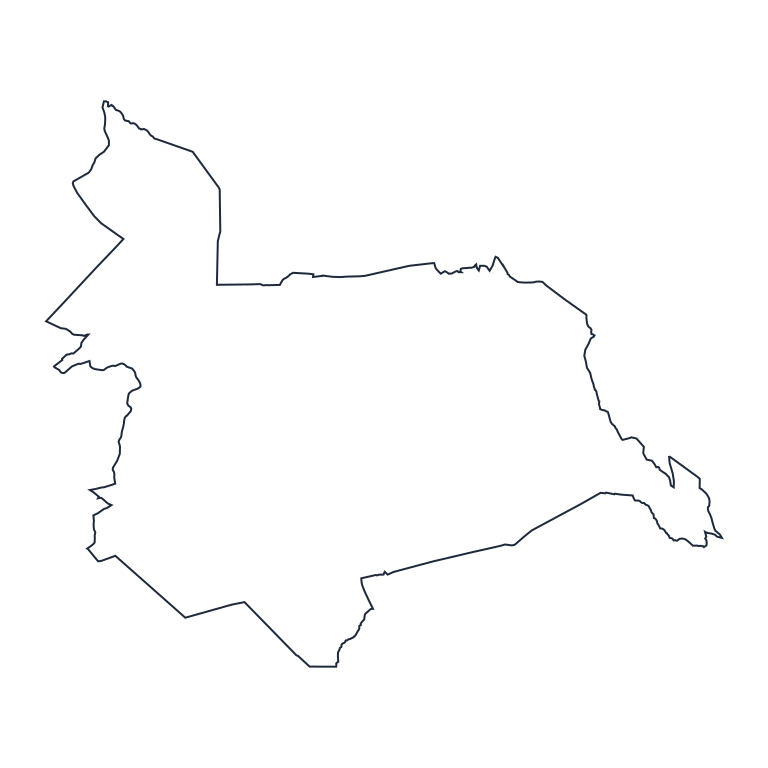 Tlazazalca, Michoacán, Mexico (orthographic projection)
{"feature_id": "50627088B28595792549416", "entity_name": "Tlazazalca", "entity_type": "district", "adm_level": 2, "iso_a3": "MEX", "parent_name": "Mexico", "parent_adm1": "Michoacán", "projection": "orthographic", "projection_center": [-102.046, 20.015], "detail": "fine", "context": "isolated", "style": "outline", "palette": "slate", "viewbox_px": 768, "rotation_deg": 0, "n_neighbors": 0, "source": "geoboundaries", "source_scale": "gbopen_adm2", "svg_char_len": 6017}
<svg xmlns="http://www.w3.org/2000/svg" viewBox="0 0 768 768"><path d="M89.9,490.0L93.8,492.5L98.8,496.7L98.0,498.3L99.7,497.9L101.2,497.9L102.9,499.1L105.8,501.8L108.1,503.6L111.5,505.1L106.7,508.1L104.1,508.9L97.6,513.4L93.4,515.4L93.9,520.7L93.6,524.1L93.7,527.2L94.0,529.5L95.3,532.4L94.7,535.5L94.8,538.3L94.6,542.6L93.3,544.1L91.5,545.6L87.2,548.6L88.2,549.3L98.1,561.3L101.3,560.9L115.3,555.8L185.3,617.7L231.5,604.7L244.5,602.1L296.4,655.3L298.0,655.9L309.6,666.6L336.1,666.7L336.4,665.1L336.2,663.7L336.6,662.9L338.3,661.9L337.9,656.7L338.0,652.5L339.5,649.7L339.7,648.6L340.1,647.7L341.3,647.0L341.6,644.7L342.4,643.6L344.1,642.9L345.1,642.1L345.7,640.5L347.2,640.3L348.7,639.2L350.4,638.9L351.9,638.0L353.5,637.4L353.7,636.7L354.7,636.3L355.6,635.1L358.0,630.8L359.2,629.2L359.3,625.9L360.8,625.1L360.8,623.4L362.8,620.9L364.3,619.3L364.4,617.4L365.0,614.3L366.1,613.1L370.4,609.3L371.3,608.9L373.0,608.9L369.5,601.8L364.7,591.6L362.4,585.8L361.6,582.5L361.4,580.3L361.3,578.3L375.8,575.0L377.2,575.4L378.7,574.7L383.5,574.6L384.7,571.8L387.7,574.6L393.7,571.9L433.5,561.3L470.5,552.6L500.6,545.8L505.0,544.5L511.8,545.4L514.7,544.8L524.6,536.2L531.8,530.4L581.3,503.8L600.6,492.8L605.4,493.3L606.0,492.6L614.4,494.3L614.9,493.7L620.9,494.6L632.7,495.5L633.6,498.0L634.9,500.5L638.7,500.6L640.0,501.2L640.9,502.2L642.4,503.0L644.3,503.1L645.7,504.8L646.5,504.9L647.9,505.5L649.0,506.5L649.6,508.1L650.6,509.5L651.6,512.4L653.5,514.3L653.9,518.1L655.3,518.6L656.7,520.6L657.5,523.6L658.5,525.0L660.2,528.4L662.2,528.6L663.7,529.5L664.6,530.4L666.0,532.8L666.9,533.2L667.4,534.3L668.7,535.4L669.7,537.9L671.8,538.3L672.4,538.7L673.6,540.3L673.9,540.5L675.1,540.2L676.9,540.8L679.7,538.8L681.6,538.6L683.5,538.7L685.7,539.5L689.0,542.1L692.9,545.7L697.2,545.6L697.9,545.9L699.4,546.0L700.2,545.8L701.2,545.9L701.8,546.2L703.1,546.2L703.9,547.1L706.5,545.4L706.7,542.2L706.3,540.2L705.2,538.5L706.3,536.7L705.0,531.8L706.8,532.8L711.5,533.6L715.0,534.7L716.9,536.6L721.9,537.9L719.9,534.5L715.4,530.7L714.5,529.0L712.6,522.7L711.5,518.2L709.9,514.2L708.4,511.3L707.8,508.5L708.0,507.1L709.2,505.9L709.6,501.4L709.1,498.4L707.5,495.4L706.3,493.6L701.8,489.4L699.6,488.1L699.8,478.9L697.3,476.7L669.8,456.7L669.1,456.9L669.6,463.0L672.7,473.4L673.9,481.1L673.7,487.3L670.9,485.5L670.1,480.5L669.0,477.3L665.6,473.7L662.1,471.5L659.6,469.6L659.2,467.8L658.5,467.1L657.7,467.0L656.3,467.3L654.6,464.3L652.0,460.7L646.7,459.6L643.4,453.7L643.3,452.2L643.9,446.9L636.5,438.5L631.1,437.3L630.2,437.9L622.6,439.9L621.7,439.2L617.9,432.2L616.8,429.4L615.4,427.9L614.9,426.4L611.9,423.8L610.6,421.7L608.0,412.2L604.9,410.5L602.0,409.9L600.6,409.3L600.0,408.9L600.1,408.3L599.0,404.3L599.3,401.3L598.7,400.8L596.6,393.3L596.6,392.0L595.6,390.3L594.7,389.6L594.7,388.5L593.9,386.9L593.5,384.4L591.5,378.8L590.2,372.9L587.0,367.9L585.8,361.3L584.3,355.9L585.3,349.8L588.9,343.2L590.7,338.6L593.8,336.6L594.5,335.5L592.6,334.2L591.5,334.1L591.1,332.3L591.5,329.9L590.4,328.1L588.4,326.6L587.1,323.9L586.4,318.1L586.4,314.8L564.2,299.0L546.5,285.7L542.5,281.9L539.0,281.5L535.9,281.7L534.0,282.3L531.2,282.5L525.0,282.6L521.4,282.4L517.7,282.0L515.7,280.5L509.9,276.6L508.9,274.9L507.6,274.1L507.5,272.8L503.2,265.5L503.1,265.8L497.9,257.9L495.6,256.8L494.5,259.5L492.6,265.6L489.6,270.8L486.7,266.7L484.4,265.8L480.1,265.8L478.8,270.5L477.2,268.5L476.4,265.9L476.2,264.4L474.7,265.7L474.5,266.8L471.2,267.8L469.0,267.7L467.5,268.0L463.3,268.2L460.9,268.8L460.3,271.4L461.3,272.2L458.5,272.2L458.1,271.6L457.6,271.2L457.1,271.0L455.1,271.7L451.9,273.5L448.8,273.7L448.4,273.3L446.0,271.7L444.8,271.2L440.7,273.7L436.9,269.7L435.6,268.0L434.2,263.1L431.2,263.3L409.3,265.8L365.2,275.8L359.4,276.3L346.8,276.6L340.3,277.1L332.4,276.8L323.0,275.6L323.0,275.8L313.0,277.0L313.4,274.3L308.7,273.7L293.0,272.8L290.0,274.5L288.7,275.9L286.2,277.8L284.4,278.6L283.3,279.4L282.5,280.2L281.2,282.4L279.9,284.9L269.3,285.2L266.6,285.1L263.1,285.4L260.3,284.1L250.8,284.4L216.9,284.8L217.8,241.3L219.5,234.2L220.3,231.8L219.7,189.5L218.5,187.2L192.7,151.8L156.8,139.2L154.5,138.6L152.6,136.4L151.1,135.7L149.8,134.3L148.2,131.8L146.6,130.2L144.0,129.0L141.8,129.4L141.2,129.1L140.8,129.3L140.0,128.7L139.0,128.4L136.7,125.2L135.0,123.8L133.3,123.2L131.0,123.5L129.7,122.5L128.8,121.2L127.0,120.9L125.1,120.5L123.8,118.9L123.1,115.7L121.6,113.3L120.2,111.7L119.1,111.0L115.8,109.8L113.6,106.6L112.7,105.8L112.6,106.0L111.7,105.5L111.3,105.0L108.6,106.6L108.0,106.3L108.1,102.2L106.9,101.9L106.1,101.3L103.9,101.4L102.5,107.5L104.3,112.4L105.2,116.8L105.2,121.2L104.8,125.6L104.3,128.5L104.7,130.9L107.9,137.9L108.9,140.6L108.9,145.2L104.0,151.7L99.5,154.7L95.6,158.4L94.3,162.5L92.7,165.1L91.4,168.9L88.8,172.6L73.4,181.4L72.8,183.4L73.6,186.1L77.2,192.9L86.1,205.3L94.3,216.3L101.2,223.3L123.4,239.0L116.0,247.0L96.5,267.4L62.6,303.8L46.1,321.3L60.8,328.2L65.6,328.8L67.8,330.0L70.0,331.4L72.3,333.9L73.9,334.7L82.4,335.3L83.6,335.8L84.0,335.5L85.5,336.0L85.8,335.2L87.2,334.5L88.4,334.5L83.6,339.7L81.4,342.9L80.9,346.7L79.0,348.7L73.4,353.5L71.2,353.4L69.3,354.3L66.6,354.6L62.0,358.9L62.3,360.0L54.0,366.4L54.4,367.2L59.1,369.9L60.6,372.0L61.4,372.7L63.4,373.1L64.5,372.9L72.0,366.4L78.5,363.7L80.4,364.0L89.5,361.0L90.3,366.3L92.4,368.1L95.0,369.1L102.0,370.2L103.8,370.0L107.0,367.6L109.9,366.5L112.2,365.8L113.6,365.7L115.1,366.1L120.3,363.8L121.7,363.5L123.3,363.8L125.3,365.1L126.8,366.7L132.2,368.6L134.3,371.2L135.2,373.1L135.6,375.5L136.2,377.2L138.8,380.8L139.9,382.6L140.4,384.3L140.5,386.7L137.8,388.6L132.6,390.5L131.3,391.3L128.8,393.6L127.9,398.0L127.2,403.4L128.1,405.2L129.3,406.4L130.5,407.1L131.3,408.7L130.8,411.1L126.8,415.8L125.7,416.4L124.8,417.9L124.2,420.1L123.9,423.4L123.0,427.8L122.3,429.9L121.7,432.8L121.4,435.7L120.8,437.7L119.8,438.9L119.0,440.5L118.6,442.1L119.4,444.1L120.0,446.7L119.8,453.9L117.2,460.7L113.0,467.6L112.7,469.5L113.2,470.8L113.9,471.7L114.4,473.9L114.2,477.3L115.2,483.7L110.1,485.4L103.8,487.3L101.5,487.5L95.4,489.0L89.9,490.0Z" fill="none" stroke="#1e293b" stroke-width="2"/></svg>